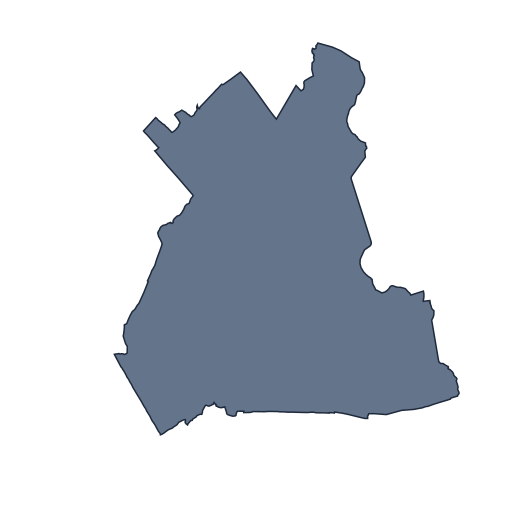 the district of Racova, Bacau, Romania, rotated 255°
{"feature_id": "2599482B19806401166229", "entity_name": "Racova", "entity_type": "district", "adm_level": 2, "iso_a3": "ROU", "parent_name": "Romania", "parent_adm1": "Bacau", "projection": "equal_earth", "projection_center": [26.765, 46.708], "detail": "fine", "context": "isolated", "style": "filled", "palette": "slate", "viewbox_px": 512, "rotation_deg": 255, "n_neighbors": 0, "source": "geoboundaries", "source_scale": "gbopen_adm2", "svg_char_len": 6077}
<svg xmlns="http://www.w3.org/2000/svg" viewBox="0 0 512 512"><g transform="rotate(255 256 256)"><path d="M416.9,405.9L422.8,399.6L432.1,391.2L437.9,384.0L445.7,370.9L444.3,369.6L443.7,368.5L443.2,368.1L442.4,368.4L442.0,368.0L441.0,367.6L441.0,366.9L440.8,366.1L440.5,366.0L440.5,365.7L441.6,365.0L441.9,364.4L441.2,363.8L440.6,363.7L439.5,363.0L438.7,363.1L438.5,363.3L437.6,362.9L436.6,363.9L435.8,364.0L435.8,363.7L435.5,363.6L434.5,364.1L433.0,363.0L430.4,363.0L429.7,362.6L428.8,361.6L428.0,360.2L421.6,358.2L415.1,358.0L414.2,353.8L412.7,348.6L411.8,347.4L410.4,346.9L409.0,346.9L406.4,346.0L404.7,344.8L403.9,342.2L410.3,338.8L382.9,311.1L390.5,307.8L396.2,305.6L412.7,299.4L429.6,292.6L430.2,292.2L437.7,288.6L433.2,277.2L430.1,268.7L430.2,268.2L430.8,267.2L427.9,262.8L426.5,260.2L424.5,257.2L421.1,251.5L417.6,245.9L416.9,244.7L414.5,240.7L413.6,239.8L412.9,239.6L413.1,238.9L414.0,238.6L414.9,238.3L416.8,238.3L415.5,237.4L414.9,237.2L412.6,237.0L411.6,236.2L410.5,234.6L408.1,232.4L407.9,231.8L407.4,229.9L407.7,228.9L409.3,228.1L409.7,227.5L411.2,226.3L413.3,225.0L413.8,224.3L416.1,222.1L415.1,219.1L415.0,217.4L414.3,215.3L413.4,214.0L409.4,215.7L405.3,217.0L404.2,217.1L403.2,216.0L400.8,214.2L400.3,213.5L399.2,211.7L398.5,210.8L397.4,208.0L397.1,207.1L397.3,206.6L399.1,205.7L401.5,204.3L402.1,204.1L404.6,202.3L405.9,201.8L406.7,201.2L408.2,199.6L408.4,199.4L409.0,199.3L412.6,196.6L414.3,195.9L415.7,194.9L405.9,179.7L404.4,180.3L401.0,182.3L392.2,186.6L386.8,189.4L385.8,190.1L384.8,188.5L384.0,186.7L383.8,185.4L365.7,193.9L352.9,200.4L331.0,210.9L329.9,210.3L328.4,208.1L326.9,206.9L324.4,205.3L323.9,204.2L323.9,202.5L322.4,200.2L319.9,198.4L316.9,195.3L315.3,193.1L315.1,192.7L315.0,190.6L314.8,189.7L313.4,187.2L313.0,186.5L311.4,185.0L310.7,184.8L310.2,185.0L309.8,184.8L309.5,184.1L309.4,182.6L310.4,182.4L310.6,182.1L310.6,181.6L310.4,181.3L310.4,180.7L310.4,179.4L310.2,178.9L309.5,177.5L309.7,176.8L309.5,175.6L309.7,174.8L309.7,174.2L308.8,171.8L308.3,171.1L306.9,169.9L306.2,169.5L305.9,169.2L305.4,168.4L303.8,167.1L300.1,167.0L295.6,168.1L292.3,168.5L289.9,167.2L286.1,164.6L278.8,159.4L272.9,155.7L268.6,151.4L266.0,149.6L260.0,144.7L259.4,145.3L258.0,144.4L249.6,138.1L240.5,130.6L239.1,128.5L236.2,125.6L235.3,124.2L234.4,122.2L231.2,119.1L227.4,116.0L224.5,113.9L223.9,113.0L223.7,111.1L222.7,110.7L220.8,110.3L217.3,108.9L215.2,108.1L213.1,107.0L205.6,107.3L204.1,107.6L202.0,108.3L195.6,106.4L195.2,105.4L195.2,105.0L195.0,104.6L195.1,104.0L195.0,103.5L195.0,103.1L195.8,102.4L196.1,101.9L196.4,100.6L196.6,99.3L197.3,98.3L197.3,96.9L197.6,95.5L197.7,93.7L183.7,96.9L182.7,97.5L180.6,98.0L178.7,98.7L174.7,99.7L172.5,100.0L170.2,100.9L166.9,101.6L163.7,102.6L161.1,103.0L145.2,107.6L139.9,108.9L137.0,109.9L134.5,110.3L129.0,112.0L124.2,112.9L119.1,114.7L112.2,116.3L109.5,117.4L108.6,117.5L108.0,117.4L108.2,119.1L108.8,121.2L110.0,124.1L110.9,126.5L111.4,130.7L112.1,131.8L113.1,135.1L113.5,136.1L114.8,137.6L115.4,138.4L115.8,140.7L116.3,142.4L116.4,145.3L115.7,145.5L114.6,144.8L113.7,144.5L113.0,144.6L111.7,145.2L110.5,146.2L111.6,147.0L113.9,150.4L113.8,151.2L113.8,151.9L114.6,152.3L115.4,154.3L115.9,156.2L116.4,157.0L116.8,157.2L117.1,157.9L117.2,158.8L117.5,160.0L117.6,161.1L117.1,162.4L117.3,163.0L118.1,163.2L118.6,163.6L119.6,164.0L121.0,164.8L124.3,168.0L124.8,168.8L124.6,169.5L123.5,170.9L123.2,171.5L123.2,172.4L123.5,174.7L124.0,175.2L123.7,176.1L124.0,176.6L125.3,177.6L124.2,177.9L123.3,178.9L122.8,178.9L122.7,178.5L121.9,178.7L121.4,179.2L121.1,179.0L120.9,179.6L119.9,180.3L118.7,182.5L118.3,183.7L118.5,184.5L118.3,185.1L118.3,186.8L112.6,187.1L112.0,186.9L111.0,187.1L110.3,187.4L108.7,189.6L107.7,191.3L107.2,192.3L106.9,194.6L107.2,195.4L108.6,196.0L110.2,197.1L110.6,197.6L110.8,198.2L109.2,204.1L107.9,203.6L106.5,209.4L106.3,211.2L106.5,212.9L104.8,218.9L104.5,220.1L103.5,223.4L102.8,227.0L102.0,230.2L100.0,237.1L99.3,238.7L98.6,241.4L96.7,247.0L95.9,250.3L93.8,257.2L91.3,265.8L91.0,268.1L90.1,271.6L89.5,272.4L88.9,273.8L86.7,281.7L85.3,286.1L85.7,286.3L84.5,290.1L84.0,291.1L84.9,291.6L81.8,298.7L79.2,303.9L72.8,315.5L70.9,319.2L70.2,321.8L72.5,322.4L73.4,323.4L74.5,324.0L73.0,329.7L69.1,340.8L69.2,356.8L67.0,368.6L66.3,377.4L66.6,380.6L66.3,383.2L66.8,388.9L67.1,396.5L67.3,403.8L67.5,406.8L68.1,407.0L68.4,408.6L68.5,414.4L69.4,415.0L70.6,416.5L71.2,416.7L72.3,416.7L74.1,416.3L75.5,416.4L76.8,417.2L78.8,417.3L83.6,417.1L84.6,417.9L85.6,418.3L86.7,417.9L88.2,416.8L89.8,416.2L91.6,416.2L93.1,415.8L96.3,413.8L97.0,412.6L98.1,412.4L98.2,412.8L99.1,413.1L99.7,412.9L100.5,411.8L101.5,410.8L103.5,409.1L103.9,408.5L104.0,407.8L104.6,406.3L105.6,405.8L106.3,405.5L106.4,405.2L109.2,405.4L148.6,409.1L150.8,411.1L152.8,412.4L157.0,413.7L157.6,413.3L159.2,412.4L160.4,412.1L162.3,412.2L163.7,412.0L164.8,412.1L165.3,411.8L166.1,411.9L166.2,412.3L166.8,412.2L168.0,412.4L168.9,405.8L169.7,406.1L172.7,407.5L176.0,408.4L178.8,408.6L178.2,395.4L179.1,395.3L180.3,394.9L180.9,394.5L181.5,394.0L185.8,391.8L186.7,390.4L188.5,387.2L188.8,385.6L189.6,383.8L191.7,380.7L192.1,379.7L192.0,378.4L191.8,377.8L190.0,375.9L188.7,373.7L187.8,371.1L187.8,368.0L191.7,363.8L192.4,362.8L194.7,362.5L197.4,361.8L199.1,361.5L203.4,362.1L204.0,361.5L205.0,361.2L207.4,359.0L209.3,357.7L212.3,356.0L214.8,355.2L217.8,354.4L221.8,354.5L225.3,355.6L226.8,356.5L233.8,362.3L236.3,369.0L237.1,369.9L238.5,370.7L240.2,370.9L306.1,367.9L307.4,368.4L308.1,368.9L309.4,370.4L318.9,381.9L323.1,387.2L329.0,388.2L330.3,389.3L331.4,390.9L333.4,391.0L333.6,390.5L334.0,390.4L336.9,391.0L339.1,388.0L339.8,386.9L342.9,384.9L344.9,384.5L346.0,383.7L347.5,383.2L348.6,381.7L349.3,381.0L350.8,380.2L357.2,378.5L360.3,378.7L362.3,378.4L364.9,379.3L366.7,380.2L368.7,381.4L369.2,381.9L371.6,383.1L373.0,384.2L374.1,385.2L374.7,386.1L375.3,387.1L376.4,389.8L376.8,390.5L377.4,390.9L379.5,392.1L383.5,394.1L385.3,395.2L385.6,396.1L385.7,397.2L386.8,398.7L388.5,400.4L390.6,402.0L391.8,403.4L395.0,405.5L400.0,407.0L402.8,406.6L406.1,406.0L408.1,405.2L410.2,405.1L416.9,405.9Z" fill="#64748b" stroke="#1e293b" stroke-width="1.5"/></g></svg>